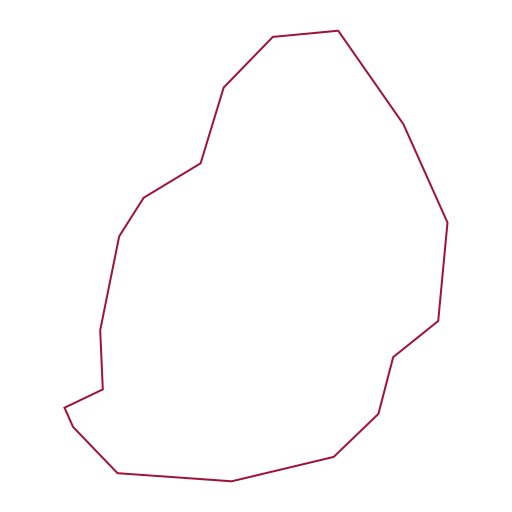 SVG path tracing the border of Mauritius
{"feature_id": "MUS", "entity_name": "Mauritius", "entity_type": "country or territory", "adm_level": 0, "iso_a3": "MUS", "parent_name": "Seven seas (open ocean)", "parent_adm1": "", "projection": "albers", "projection_center": [57.545, -20.252], "detail": "fine", "context": "isolated", "style": "outline", "palette": "rose", "viewbox_px": 512, "rotation_deg": 0, "n_neighbors": 0, "source": "natural_earth", "source_scale": "50m", "svg_char_len": 350}
<svg xmlns="http://www.w3.org/2000/svg" viewBox="0 0 512 512"><path d="M333.7,456.9L231.6,481.3L117.5,473.2L73.1,427.0L64.5,407.7L102.8,389.4L100.2,330.2L119.2,236.3L143.7,197.7L200.6,163.3L223.7,87.5L272.8,36.9L338.2,30.7L403.4,124.2L447.5,222.6L438.2,321.0L393.2,357.1L378.4,413.9L333.7,456.9Z" fill="none" stroke="#9f1239" stroke-width="2"/></svg>